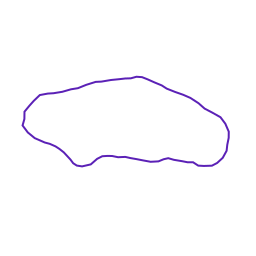 PiisPenau, Federated States of Micronesia (Natural Earth projection), rotated 33°
{"feature_id": "79324940B45370489391635", "entity_name": "PiisPenau", "entity_type": "district", "adm_level": 2, "iso_a3": "FSM", "parent_name": "Federated States of Micronesia", "parent_adm1": "", "projection": "natural_earth1", "projection_center": [151.765, 7.677], "detail": "fine", "context": "isolated", "style": "outline", "palette": "violet", "viewbox_px": 256, "rotation_deg": 33, "n_neighbors": 0, "source": "geoboundaries", "source_scale": "gbopen_adm2", "svg_char_len": 969}
<svg xmlns="http://www.w3.org/2000/svg" viewBox="0 0 256 256"><g transform="rotate(33 128 128)"><path d="M66.1,185.5L71.0,183.9L77.2,182.9L81.8,182.9L87.4,183.4L96.9,185.8L101.2,187.4L105.5,187.4L110.4,185.2L116.6,178.8L118.9,170.7L121.8,165.7L126.1,162.5L130.0,160.1L135.6,157.9L141.5,153.7L146.4,151.9L152.0,149.5L158.2,147.0L165.4,144.0L171.7,139.4L174.9,134.8L178.2,131.4L183.8,129.7L191.6,126.3L196.6,124.3L201.2,121.3L207.4,121.3L212.3,118.5L218.9,113.9L221.8,108.8L223.7,101.4L223.1,93.4L220.4,88.0L217.8,81.4L214.5,76.2L207.3,71.4L199.7,68.6L190.2,69.2L181.7,70.0L173.5,68.8L163.9,68.8L156.1,70.1L147.9,72.1L139.0,73.9L133.1,73.9L125.6,75.3L118.0,76.5L112.1,77.7L107.2,80.4L103.3,84.8L98.7,88.0L94.1,91.8L87.6,97.0L80.4,103.6L75.8,106.9L69.5,114.5L64.3,121.9L59.1,126.6L53.2,133.4L46.6,139.4L42.0,142.8L36.1,148.4L34.2,156.5L33.2,162.9L32.3,170.7L36.2,176.9L38.2,183.3L46.4,186.3L55.3,187.3L66.1,185.5Z" fill="none" stroke="#5b21b6" stroke-width="2"/></g></svg>